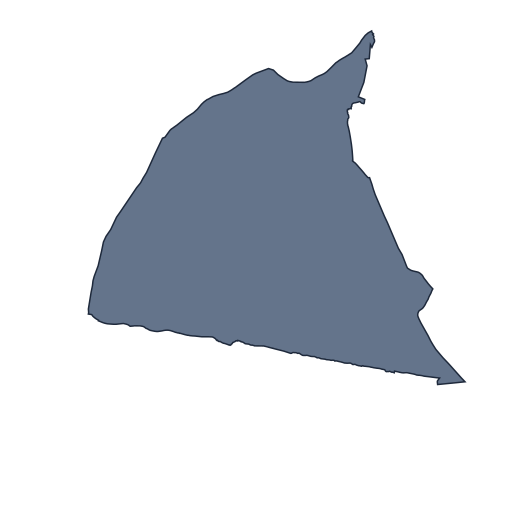 C.A. Rosetti, Tulcea, Romania (Equal Earth projection), rotated 253°
{"feature_id": "2599482B3415534167735", "entity_name": "C.A. Rosetti", "entity_type": "district", "adm_level": 2, "iso_a3": "ROU", "parent_name": "Romania", "parent_adm1": "Tulcea", "projection": "equal_earth", "projection_center": [29.531, 45.308], "detail": "fine", "context": "isolated", "style": "filled", "palette": "slate", "viewbox_px": 512, "rotation_deg": 253, "n_neighbors": 0, "source": "geoboundaries", "source_scale": "gbopen_adm2", "svg_char_len": 5998}
<svg xmlns="http://www.w3.org/2000/svg" viewBox="0 0 512 512"><g transform="rotate(253 256 256)"><path d="M74.6,419.1L79.4,416.7L87.0,413.2L95.2,409.4L97.7,408.2L104.1,405.0L109.2,402.8L114.1,400.7L119.2,399.3L123.3,398.3L129.8,397.2L136.1,395.8L143.9,394.1L148.4,393.4L151.0,393.2L152.0,393.3L153.4,393.8L154.3,394.4L155.6,395.5L156.1,396.5L157.1,399.6L157.7,400.7L159.5,403.0L162.1,405.5L163.2,406.7L164.4,408.0L166.4,409.5L169.3,412.4L171.1,413.8L172.2,414.8L172.8,415.5L173.9,415.0L175.7,414.1L179.1,412.6L181.6,411.7L185.2,410.3L186.2,410.0L188.2,409.6L189.3,409.2L190.8,408.3L191.8,407.6L192.9,406.6L193.4,405.9L195.6,402.1L196.3,401.0L197.2,399.8L200.1,397.3L202.2,397.0L214.7,396.1L218.8,395.1L221.8,394.4L239.4,392.5L249.7,391.4L256.6,390.4L279.9,387.9L285.8,387.7L290.7,387.8L293.2,387.7L297.7,387.5L297.7,387.0L298.0,386.5L298.3,386.1L298.7,385.7L299.0,385.6L302.4,384.0L303.1,383.8L306.4,382.4L310.8,380.4L311.0,380.3L311.4,380.1L312.7,379.6L315.8,378.1L318.6,376.1L318.9,376.2L318.8,376.3L318.9,376.5L319.3,376.6L323.9,377.7L327.9,378.6L331.0,379.2L334.9,379.9L342.5,381.0L348.4,381.7L352.8,382.0L354.2,381.9L354.4,382.1L355.4,382.1L357.9,382.8L358.7,383.3L359.4,383.5L359.9,383.7L360.2,384.0L360.8,384.8L361.2,385.2L362.1,385.4L363.2,385.6L363.9,385.6L364.9,385.3L366.1,385.4L366.5,385.7L367.2,385.5L367.5,385.6L368.6,385.9L369.2,386.2L369.5,386.8L369.6,387.5L369.3,387.6L369.6,387.8L369.4,389.1L369.3,389.7L369.0,390.0L369.6,390.4L370.0,390.3L370.7,390.6L371.0,391.0L371.3,391.4L372.4,391.7L373.0,392.2L373.3,392.6L373.6,393.2L373.7,393.8L373.7,394.7L373.5,395.9L373.3,398.7L373.4,399.4L373.3,400.4L373.1,400.7L371.6,401.5L371.2,401.9L371.0,402.2L370.8,402.6L370.2,403.5L370.2,403.8L371.0,404.4L371.6,404.7L373.1,405.3L373.9,405.8L378.3,400.4L390.5,409.9L405.4,417.8L412.4,418.0L411.6,422.0L424.7,427.2L421.6,427.8L424.6,430.3L426.3,432.0L428.0,432.5L430.3,432.2L431.6,433.0L433.6,432.3L434.0,433.3L435.1,432.7L436.1,432.3L437.4,432.4L436.6,428.5L435.0,424.9L431.5,420.0L429.3,417.6L426.7,413.7L422.3,406.9L420.3,399.5L419.7,396.6L418.8,393.0L418.0,390.8L417.4,388.8L413.9,382.3L411.5,377.6L410.5,374.5L410.1,372.1L409.8,368.7L409.1,364.8L407.6,359.8L407.5,357.2L407.6,356.5L407.6,355.7L407.9,353.2L411.4,342.2L413.2,338.8L414.4,337.1L417.5,334.4L423.1,330.0L428.7,327.0L431.6,322.8L430.8,309.6L430.2,305.9L427.7,298.3L423.1,285.1L423.0,284.5L421.9,281.1L420.9,276.8L420.9,272.4L421.2,267.7L421.1,261.5L419.9,256.0L419.9,255.1L418.6,251.4L417.0,248.2L413.5,242.9L411.3,238.2L408.9,230.1L404.3,218.7L402.1,212.0L401.2,210.3L396.2,203.7L396.0,201.0L384.0,190.0L367.9,175.8L363.6,170.9L359.9,167.2L359.2,166.3L356.3,161.9L338.5,139.9L333.9,134.0L323.7,124.7L318.7,118.4L314.0,114.2L306.1,109.9L292.8,102.2L283.8,95.3L280.0,92.9L275.2,90.8L269.5,87.7L254.3,80.2L250.8,79.4L249.5,78.7L248.1,81.6L247.6,81.9L246.1,82.4L244.3,83.5L242.9,84.5L240.6,86.6L240.1,86.3L239.8,86.7L236.9,90.3L235.7,92.1L234.7,93.9L233.8,96.1L232.2,100.3L231.6,102.4L230.6,107.7L230.2,109.5L228.7,112.1L227.5,113.7L225.6,115.1L224.8,118.9L224.8,119.3L223.0,124.9L221.8,127.2L220.9,128.3L218.8,129.8L218.3,130.7L217.0,131.8L215.9,133.0L215.2,134.2L213.5,137.4L212.7,139.3L212.4,140.6L211.9,143.9L211.7,146.3L211.5,147.6L211.2,148.9L210.8,150.2L210.3,151.2L209.8,152.2L207.8,155.1L206.6,156.6L206.1,157.6L205.5,158.3L205.1,159.4L204.9,159.9L204.5,160.0L204.3,160.8L201.6,165.0L200.2,167.4L199.8,168.5L199.4,169.1L199.0,169.9L198.8,170.5L198.4,171.3L197.2,174.5L196.5,176.1L194.7,180.3L192.6,187.1L191.4,190.5L190.7,191.4L189.9,192.1L189.6,192.3L189.0,192.9L188.6,193.0L187.7,193.5L187.3,193.5L187.0,193.7L187.2,193.8L186.9,194.3L186.5,194.6L185.6,195.0L185.2,195.3L184.8,196.2L184.7,196.8L184.3,197.1L183.3,198.0L182.2,199.2L181.5,200.5L180.3,202.2L178.8,204.1L178.9,204.3L178.6,204.8L178.2,205.1L178.3,205.6L178.3,205.8L178.4,206.2L178.9,206.6L179.0,206.7L179.0,207.3L179.3,207.7L180.0,208.4L180.1,208.6L180.0,209.1L180.0,209.3L180.2,209.8L180.3,211.0L180.6,211.5L180.8,211.9L180.8,212.3L180.7,212.5L180.4,212.7L180.2,213.2L180.4,213.3L180.6,213.4L180.7,213.6L180.7,213.8L180.6,214.0L180.2,214.5L179.9,214.7L179.8,214.8L179.8,215.1L179.6,215.4L179.6,215.6L179.2,215.9L179.0,216.1L178.7,216.6L178.5,216.8L178.2,216.8L178.2,217.0L177.9,217.6L177.1,218.6L176.5,219.0L176.3,219.2L176.1,219.5L175.4,219.9L175.2,220.2L175.0,220.7L174.6,221.5L173.9,223.2L173.5,223.7L172.8,224.4L172.2,225.2L171.8,226.6L171.2,227.3L170.9,228.0L170.5,228.3L167.7,237.1L161.0,248.0L156.9,254.8L153.3,259.9L152.7,260.8L152.6,261.6L152.9,262.8L152.8,263.5L152.4,264.3L152.1,265.3L151.8,266.1L150.9,267.2L150.6,267.6L150.6,268.4L150.3,269.0L148.2,270.7L147.4,271.5L147.0,272.4L146.4,274.4L146.2,275.5L145.7,276.5L144.1,278.9L143.7,279.7L143.5,280.3L143.3,280.8L142.9,282.0L142.7,282.6L142.2,283.2L141.7,283.8L140.7,284.7L140.6,285.6L140.3,286.2L139.6,287.2L138.9,287.9L138.6,288.4L138.5,288.8L137.8,290.3L137.3,291.5L136.9,292.2L136.3,293.0L135.2,295.8L134.5,296.9L134.2,297.6L133.9,299.0L133.7,299.5L133.4,300.1L133.1,300.4L132.5,300.6L132.4,300.8L132.4,301.7L131.7,303.1L131.1,304.0L130.5,305.1L129.9,306.2L129.0,307.6L128.2,308.8L127.9,309.1L126.8,311.9L126.2,314.3L125.9,315.1L125.5,315.5L123.8,317.0L123.7,318.0L123.5,318.8L123.1,319.5L122.4,320.1L121.0,322.2L120.7,323.1L120.2,323.8L120.1,324.2L119.7,324.7L119.6,325.0L120.0,325.6L119.8,326.2L119.6,326.5L119.4,326.6L119.1,326.9L119.0,327.2L118.7,328.0L117.2,331.5L116.7,332.5L116.2,333.2L115.9,333.8L115.4,334.8L114.8,335.8L113.4,338.7L112.9,339.9L112.5,340.8L112.4,341.0L111.9,342.0L111.2,342.9L109.8,345.5L109.5,345.8L109.2,346.0L108.4,346.1L107.9,346.3L107.3,346.8L107.1,347.7L106.7,349.0L106.7,350.1L106.2,350.7L105.3,351.6L105.1,352.4L103.9,354.1L105.4,354.8L103.5,358.3L102.9,359.2L101.6,361.6L101.1,363.0L100.8,364.3L100.3,366.2L98.6,369.3L97.0,372.3L96.2,373.6L95.1,375.0L94.9,375.6L94.4,376.7L94.1,377.6L93.0,379.9L92.0,381.5L89.8,386.5L87.3,392.0L85.6,395.9L83.5,393.0L82.7,392.6L80.0,392.1L76.1,411.4L74.6,419.1Z" fill="#64748b" stroke="#1e293b" stroke-width="1.5"/></g></svg>